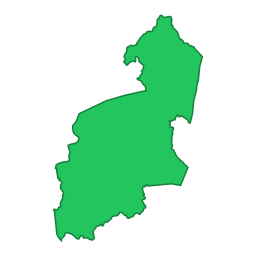 outline of Colomoncagua, Intibucá, Honduras
{"feature_id": "27666195B91470082357426", "entity_name": "Colomoncagua", "entity_type": "district", "adm_level": 2, "iso_a3": "HND", "parent_name": "Honduras", "parent_adm1": "Intibucá", "projection": "natural_earth1", "projection_center": [-88.292, 13.988], "detail": "fine", "context": "isolated", "style": "filled", "palette": "green", "viewbox_px": 256, "rotation_deg": 0, "n_neighbors": 0, "source": "geoboundaries", "source_scale": "gbopen_adm2", "svg_char_len": 5800}
<svg xmlns="http://www.w3.org/2000/svg" viewBox="0 0 256 256"><path d="M56.1,165.2L55.8,166.2L56.0,167.2L55.4,168.1L55.8,168.5L56.9,169.1L57.0,169.3L56.7,170.6L56.8,171.1L57.2,174.2L57.6,175.7L57.7,177.1L57.9,178.1L58.1,178.5L58.5,178.8L59.5,178.6L59.7,179.0L59.3,179.6L59.2,180.2L61.4,181.6L61.7,182.1L61.4,183.9L60.5,185.4L60.7,186.2L60.7,187.1L60.5,188.0L60.5,188.5L62.8,191.6L63.4,192.6L63.6,193.3L63.3,194.0L62.8,194.8L62.6,195.2L62.6,195.8L62.8,197.5L62.6,198.6L61.4,200.8L60.4,203.2L60.4,204.1L60.8,206.0L60.8,206.5L58.9,207.2L58.2,208.4L57.5,209.3L56.5,210.2L56.1,210.1L55.2,209.3L54.6,209.2L54.2,209.3L54.1,209.8L53.7,210.1L53.6,210.4L54.7,211.8L54.8,212.0L54.8,212.3L54.6,212.6L55.3,219.3L56.1,226.7L56.4,230.3L56.9,234.1L57.7,235.9L58.2,236.8L60.3,239.7L61.3,240.6L61.2,239.5L61.4,239.0L62.9,237.3L64.3,236.1L64.6,235.3L64.9,233.9L65.1,233.4L65.7,233.0L67.7,232.8L69.7,233.4L72.2,234.5L73.6,235.5L76.6,238.4L77.6,238.9L78.4,239.0L78.9,238.8L80.8,235.5L81.8,235.9L82.3,235.9L82.8,235.8L83.1,235.9L83.3,236.2L83.3,237.7L83.5,238.1L85.2,237.8L86.3,237.8L87.4,238.0L88.5,238.4L89.0,238.9L89.5,239.6L90.7,239.4L91.9,240.0L92.5,240.1L93.9,238.8L94.2,238.3L94.3,237.6L94.3,237.3L93.6,236.1L93.6,233.9L93.1,232.0L93.1,231.3L94.2,229.5L94.9,229.0L95.4,228.3L96.5,226.4L98.2,225.8L99.6,225.7L99.8,225.4L100.1,224.5L100.2,224.4L100.7,224.5L101.2,224.7L102.3,225.9L102.9,225.9L103.3,225.4L104.0,223.2L104.9,222.1L105.4,221.9L106.9,222.2L107.6,221.8L111.1,218.9L111.5,218.2L111.9,217.0L112.5,216.5L113.6,216.1L117.5,215.5L118.2,214.6L119.1,213.9L119.4,212.9L119.8,212.4L120.5,212.3L121.7,212.6L123.3,213.9L123.9,214.6L124.5,215.1L125.4,215.6L126.0,215.5L126.4,215.7L126.6,215.9L127.0,217.5L127.6,218.0L128.2,218.3L129.2,218.1L131.6,216.8L133.1,216.4L133.5,215.8L134.0,214.7L134.4,214.3L135.6,213.5L136.4,213.4L137.0,213.0L137.5,213.0L138.0,213.2L139.2,214.3L139.6,214.3L140.0,214.2L140.6,213.5L141.2,212.4L141.7,212.0L142.3,211.8L142.9,211.1L143.4,210.3L143.9,208.2L144.4,208.0L145.1,208.1L145.4,207.9L145.6,207.5L145.6,206.2L145.5,205.6L144.0,204.5L143.7,203.7L143.5,202.8L142.5,201.7L142.3,201.4L142.3,200.4L142.5,199.8L143.0,199.5L143.8,199.3L144.5,199.0L145.1,198.4L145.3,197.9L145.1,197.3L144.8,197.0L144.2,196.7L143.7,195.9L143.4,194.6L143.5,194.5L144.2,194.5L144.3,194.1L144.1,193.7L143.0,192.3L143.0,192.0L143.1,190.8L142.7,190.4L142.4,189.4L142.8,187.4L143.1,186.6L143.5,186.4L144.7,186.7L145.3,186.7L145.4,186.4L145.2,185.7L146.5,185.3L147.2,184.5L147.6,184.7L148.0,185.8L148.2,186.1L148.4,186.2L149.1,185.8L171.7,183.8L180.6,185.4L187.9,167.5L185.3,164.8L184.8,164.7L184.2,164.1L183.5,162.8L183.0,162.3L181.3,161.2L180.2,159.9L179.3,159.2L177.1,156.9L176.2,155.7L175.1,153.0L174.1,151.3L173.6,150.2L173.3,149.8L171.8,148.9L171.7,148.3L171.7,147.5L172.4,145.9L172.4,145.5L171.7,143.5L171.7,142.0L171.6,140.5L172.0,138.7L171.7,136.9L172.1,135.8L172.3,135.4L172.8,132.8L172.3,132.2L172.2,131.4L172.5,130.8L173.3,129.9L173.4,128.8L173.1,127.6L172.6,127.2L172.0,127.0L171.6,127.0L170.9,127.4L170.5,127.4L170.1,127.0L169.9,126.3L169.9,125.8L170.2,124.2L170.1,122.5L170.0,121.7L169.5,121.1L170.4,121.0L171.4,121.2L171.7,121.1L172.5,120.2L172.9,120.0L174.9,119.9L175.1,119.6L175.8,117.1L176.9,115.5L177.6,115.1L177.8,115.1L178.0,115.2L178.2,116.3L178.7,116.8L179.1,116.9L180.2,116.4L181.3,116.2L182.5,116.3L183.0,116.6L184.4,117.8L185.1,118.1L187.1,119.5L187.6,119.9L188.4,121.8L189.1,122.9L189.4,123.1L190.2,122.9L192.5,113.5L193.7,100.8L195.6,93.6L196.5,89.4L197.0,84.5L198.3,80.7L199.7,66.4L202.4,56.7L194.6,48.5L194.3,47.7L193.7,46.9L192.7,46.6L191.1,45.9L189.7,45.6L188.7,44.8L188.0,43.7L187.4,43.4L185.8,43.1L185.0,43.1L184.3,43.2L183.9,43.1L183.5,42.6L182.8,40.6L181.4,39.8L181.0,39.2L179.3,38.3L178.9,37.3L178.6,35.6L177.5,32.2L174.6,29.1L172.8,27.5L172.6,26.4L172.8,25.6L171.5,24.7L171.5,21.6L171.8,20.7L171.8,19.5L171.7,18.8L171.4,18.2L171.5,17.9L171.2,17.3L170.2,16.7L169.0,16.5L164.9,17.4L164.2,17.5L163.3,17.2L162.5,16.1L161.6,15.5L160.9,15.4L160.3,15.6L159.6,16.4L159.1,18.0L158.6,18.7L158.4,18.9L157.6,19.1L157.3,19.4L157.0,24.1L156.6,25.7L155.8,26.6L154.5,27.1L153.4,27.9L153.0,29.1L152.6,30.8L152.4,31.2L152.0,31.4L148.4,31.4L147.5,31.6L146.5,32.2L146.3,33.0L146.1,33.3L143.2,34.6L142.7,35.5L141.6,36.9L139.9,38.3L139.1,40.0L137.1,42.6L136.9,43.2L137.2,44.1L136.9,44.7L136.3,44.9L134.8,45.2L133.2,45.9L132.2,45.8L131.3,45.3L130.2,45.6L129.3,46.3L128.4,46.7L126.9,47.7L126.8,51.3L125.9,52.9L124.8,54.5L124.2,56.4L124.2,57.4L125.0,58.1L125.2,58.8L125.2,59.4L125.0,60.4L123.8,61.7L123.8,61.9L123.9,62.0L124.2,61.9L124.5,62.1L124.9,63.1L125.7,63.7L126.0,64.6L126.5,65.1L127.0,65.2L127.5,65.0L127.9,64.5L128.2,63.6L131.7,61.3L132.8,61.1L134.4,61.7L135.0,61.8L135.3,61.7L135.5,61.1L135.7,60.2L135.5,57.4L135.9,56.8L136.6,56.6L137.1,56.7L137.6,57.0L138.3,57.9L138.8,59.1L139.1,61.1L139.4,62.0L140.5,62.7L141.4,63.6L142.5,64.5L143.2,64.8L143.6,65.4L143.7,65.6L143.7,66.5L143.0,69.1L142.8,69.5L141.9,70.4L141.6,70.8L142.2,72.8L142.1,73.5L140.4,75.2L140.1,75.9L139.9,77.0L139.7,77.3L138.7,77.9L137.5,78.1L137.2,78.4L137.1,78.8L137.4,79.2L138.1,79.9L140.0,80.3L140.9,80.7L141.9,82.1L143.5,84.8L145.0,85.6L145.2,86.2L145.8,88.9L146.1,89.5L146.0,90.1L145.8,90.6L124.2,95.5L110.4,99.6L106.6,100.6L79.1,113.7L78.9,114.6L78.2,116.0L78.0,116.9L77.4,118.0L77.0,119.4L77.0,119.9L76.9,120.1L74.7,123.5L74.2,124.0L73.6,124.3L73.2,124.9L72.9,125.6L72.6,127.6L73.1,130.9L73.4,132.0L73.8,133.0L74.3,133.7L75.3,134.7L77.6,136.3L78.3,137.0L78.7,137.7L79.0,138.4L79.0,138.9L78.8,139.5L78.1,141.1L77.0,142.2L76.0,143.0L74.8,143.4L70.9,144.2L68.6,145.1L68.2,145.4L68.1,145.9L68.2,146.5L69.0,149.1L69.6,150.8L69.8,151.7L69.6,153.4L68.8,156.9L69.5,159.6L69.5,160.1L69.1,160.6L68.6,161.1L67.0,161.6L65.4,161.6L63.4,162.0L59.2,163.2L57.0,164.3L56.1,165.2Z" fill="#22c55e" stroke="#15803d" stroke-width="1.5"/></svg>